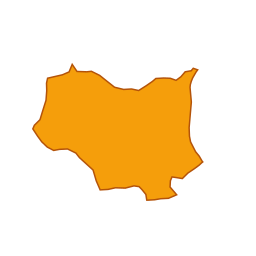 Phyongsan, Hwanghae-bukto, North Korea, rotated 246°
{"feature_id": "82179303B46729479227191", "entity_name": "Phyongsan", "entity_type": "district", "adm_level": 2, "iso_a3": "PRK", "parent_name": "North Korea", "parent_adm1": "Hwanghae-bukto", "projection": "mercator", "projection_center": [126.356, 38.335], "detail": "fine", "context": "isolated", "style": "filled", "palette": "amber", "viewbox_px": 256, "rotation_deg": 246, "n_neighbors": 0, "source": "geoboundaries", "source_scale": "gbopen_adm2", "svg_char_len": 1065}
<svg xmlns="http://www.w3.org/2000/svg" viewBox="0 0 256 256"><g transform="rotate(246 128 128)"><path d="M208.8,102.9L203.2,97.0L203.3,89.6L206.2,74.8L202.1,71.8L195.1,68.9L186.7,64.4L178.3,57.0L171.4,51.0L168.6,43.6L165.9,40.7L157.4,42.1L150.4,43.6L143.4,46.5L137.7,51.0L137.4,52.4L136.3,56.9L133.4,64.3L126.3,70.2L120.7,71.6L103.8,79.0L92.6,77.5L82.8,77.4L80.0,84.8L78.5,92.2L74.2,101.1L72.7,109.9L69.9,114.3L65.7,115.8L60.0,117.3L54.5,115.8L54.0,116.8L51.6,123.2L50.1,129.1L47.3,136.4L47.2,145.3L57.0,142.4L62.6,145.3L65.4,148.3L62.6,152.7L59.7,157.1L62.5,164.5L63.8,171.9L65.1,177.8L66.2,181.0L66.6,182.5L67.7,182.2L73.3,181.6L78.8,180.1L89.8,179.5L95.5,180.8L103.5,184.0L125.9,196.4L139.9,201.2L142.3,202.6L145.0,204.9L147.5,207.5L151.5,213.0L152.8,215.3L156.0,211.9L154.6,209.0L156.1,203.1L153.3,197.2L152.0,191.3L156.2,186.9L159.1,181.0L161.9,173.6L160.6,169.2L159.2,161.8L157.9,153.0L162.2,147.1L165.0,139.7L170.7,132.3L179.1,127.9L187.6,123.5L194.7,117.6L196.1,113.2L200.4,104.4L208.8,102.9Z" fill="#f59e0b" stroke="#b45309" stroke-width="1.5"/></g></svg>